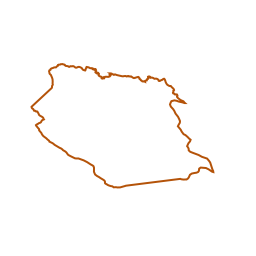 outline of San José De La Montaña, Antioquia, Colombia, rotated 296°
{"feature_id": "7082276B28312020323085", "entity_name": "San José De La Montaña", "entity_type": "district", "adm_level": 2, "iso_a3": "COL", "parent_name": "Colombia", "parent_adm1": "Antioquia", "projection": "equal_earth", "projection_center": [-75.652, 6.816], "detail": "fine", "context": "isolated", "style": "outline", "palette": "amber", "viewbox_px": 256, "rotation_deg": 296, "n_neighbors": 0, "source": "geoboundaries", "source_scale": "gbopen_adm2", "svg_char_len": 5564}
<svg xmlns="http://www.w3.org/2000/svg" viewBox="0 0 256 256"><g transform="rotate(296 128 128)"><path d="M68.4,141.1L69.5,143.1L70.0,144.7L71.2,147.0L74.6,150.8L75.2,151.4L75.6,152.0L105.2,197.3L105.3,198.4L105.9,200.2L107.4,203.2L108.8,204.0L110.2,204.3L113.1,204.2L115.0,205.3L116.5,207.2L117.9,209.2L119.2,210.3L120.5,210.5L122.7,209.8L124.3,210.7L126.2,215.6L126.2,218.5L125.6,222.8L125.8,224.0L126.8,223.3L127.7,222.1L133.0,217.0L134.0,215.2L135.2,212.5L134.5,207.1L134.7,203.3L134.1,197.1L133.9,194.3L134.5,192.4L135.8,191.7L136.7,190.7L137.6,189.1L140.7,189.0L143.2,189.6L144.9,189.4L145.3,187.5L146.0,185.7L146.8,182.8L146.8,180.7L148.3,177.8L149.6,176.1L151.4,172.1L153.2,172.1L155.4,172.3L157.0,171.7L158.5,170.0L160.0,168.1L161.8,164.4L163.6,162.2L164.7,160.4L166.0,157.1L167.6,155.4L169.8,155.2L171.2,155.3L173.2,157.6L173.8,159.9L174.0,162.0L174.9,165.7L175.2,167.9L175.4,168.3L175.6,167.6L176.3,166.1L176.3,165.6L176.2,164.4L176.2,162.7L176.8,159.8L177.3,158.7L177.6,158.3L177.8,158.2L178.1,158.2L178.4,158.4L178.6,158.4L178.9,158.1L179.0,157.8L179.1,157.7L179.4,157.6L179.6,157.3L179.5,156.9L179.3,156.7L178.8,155.7L178.7,155.4L178.8,155.2L179.1,154.9L179.1,154.6L179.0,154.0L178.9,153.6L179.0,153.3L179.5,152.9L180.0,153.0L180.5,152.9L181.2,152.4L181.6,152.5L182.1,152.8L182.3,152.8L182.6,152.5L183.2,151.7L184.0,149.1L184.5,148.0L184.0,147.1L183.9,146.4L184.0,145.7L184.0,145.0L184.2,144.1L184.8,143.0L185.7,141.8L187.1,140.5L187.8,139.7L188.0,139.2L188.1,138.9L188.0,138.7L187.4,138.1L186.5,137.9L185.9,137.1L184.5,136.2L184.2,135.9L183.9,135.4L183.9,135.0L184.0,134.7L184.6,134.3L184.7,134.2L184.9,132.7L184.7,131.6L184.3,130.9L183.8,130.1L184.0,129.0L183.9,127.8L183.7,127.1L183.0,126.3L183.0,125.9L183.2,125.7L183.5,125.7L183.7,125.4L183.7,124.7L183.6,124.4L183.3,123.9L182.8,123.5L182.6,123.6L182.3,124.2L182.1,124.3L181.9,124.1L181.6,124.3L181.3,124.5L180.8,124.4L180.5,123.9L180.1,123.7L179.3,124.0L178.9,124.0L178.5,123.2L178.2,122.9L177.8,122.7L177.4,122.8L177.0,123.1L177.0,122.6L177.3,122.5L177.3,122.3L177.2,122.2L176.9,122.0L176.7,121.8L176.7,121.4L176.2,120.6L176.2,120.2L176.5,119.7L176.5,118.9L176.5,118.7L177.0,118.2L177.0,117.3L177.2,116.8L177.7,116.7L177.8,116.5L178.0,115.7L178.3,115.5L178.4,115.3L178.4,114.8L178.1,114.4L177.8,114.2L177.1,113.2L176.4,112.7L176.0,112.0L175.6,111.7L175.4,111.3L175.4,110.2L175.7,108.3L175.7,108.1L175.4,108.0L175.2,107.6L175.0,106.6L175.0,105.8L174.8,105.6L174.6,105.7L174.4,105.3L174.5,105.1L174.4,104.7L173.7,104.1L173.6,102.9L172.8,101.5L172.3,101.0L171.9,99.9L170.7,94.8L170.5,92.8L170.1,92.4L169.7,92.2L169.5,91.7L169.7,91.3L169.7,91.0L169.5,90.3L169.7,89.7L169.6,88.9L169.4,88.3L169.2,87.9L169.1,88.6L168.6,88.4L168.7,88.9L168.7,89.1L168.4,89.0L168.4,88.9L168.2,88.6L167.7,89.2L167.6,89.3L167.4,89.2L167.3,88.8L167.1,88.5L166.9,88.6L166.9,89.1L166.4,89.0L165.4,88.0L165.1,87.4L164.5,85.9L163.9,84.9L163.6,84.7L163.4,84.7L162.5,84.8L162.4,84.8L162.4,84.5L162.9,84.0L162.9,83.6L162.4,83.3L161.8,83.8L161.6,83.8L161.4,82.9L161.1,82.9L161.1,82.5L162.1,81.9L162.3,81.4L162.3,80.8L162.1,80.3L162.1,79.9L162.1,79.5L162.3,78.7L162.5,78.4L163.0,78.2L163.3,78.2L163.6,78.3L163.9,78.2L164.0,77.8L164.0,77.3L164.4,77.2L164.5,77.0L164.5,76.7L164.3,76.6L164.1,76.6L163.7,76.9L163.4,76.4L163.4,76.1L163.5,75.5L163.6,74.8L163.7,74.5L163.9,74.2L164.4,74.3L164.9,74.5L165.2,74.5L165.5,73.9L165.6,73.1L165.8,73.0L166.1,73.1L166.2,73.4L166.4,73.5L166.6,73.3L166.7,72.8L166.6,72.6L166.4,72.5L165.7,72.4L165.6,72.2L165.6,71.9L165.7,71.5L165.8,71.4L166.1,71.4L166.2,71.1L165.9,70.8L165.4,70.7L165.4,70.4L165.5,70.1L166.0,69.6L166.0,69.4L165.9,69.2L165.7,69.2L165.2,67.7L165.2,66.7L165.3,66.0L164.9,65.4L164.9,64.5L164.8,64.1L164.7,64.0L163.7,64.1L163.2,64.0L162.7,64.2L162.2,64.1L161.2,64.4L160.9,64.3L160.6,62.6L160.6,62.2L160.9,61.2L161.5,60.4L161.7,58.9L161.6,57.6L161.3,57.0L161.3,56.9L161.0,56.4L160.6,56.1L159.6,55.2L159.3,54.4L159.3,54.0L159.6,52.8L159.6,52.0L159.5,51.4L159.4,51.2L158.8,50.6L158.6,49.8L158.4,49.3L158.0,48.9L157.4,48.7L157.1,48.2L157.2,46.9L156.5,44.6L156.6,44.3L156.9,43.9L156.8,43.5L157.1,43.1L156.8,41.8L156.8,41.2L156.5,40.9L156.0,39.7L155.2,39.2L154.6,38.0L154.1,37.8L153.9,37.5L153.4,37.7L153.1,37.7L152.7,37.3L152.6,37.2L151.2,36.8L150.8,36.6L150.6,35.9L149.9,34.9L148.9,34.1L148.4,33.5L148.0,33.1L147.1,32.6L146.3,32.8L145.5,32.1L144.9,32.1L144.2,32.3L143.6,32.9L142.8,33.4L142.5,33.7L142.2,34.3L141.9,35.4L141.6,35.8L141.1,36.3L140.1,37.5L139.4,38.2L138.6,38.9L136.4,40.1L135.1,40.6L134.0,41.4L133.7,41.4L132.5,41.3L131.1,41.9L130.5,41.9L104.8,32.0L104.1,32.5L103.6,33.3L103.5,34.3L103.2,35.0L103.0,35.3L102.4,35.8L102.5,36.6L102.7,36.9L102.8,37.1L102.5,37.9L102.5,38.2L102.6,38.4L102.8,38.4L102.9,38.6L103.0,38.8L103.0,39.4L101.7,41.3L100.8,42.3L100.5,43.3L100.5,43.7L100.3,46.4L100.0,47.2L99.6,47.8L99.0,48.2L98.8,48.6L98.0,47.9L97.0,47.3L95.0,47.2L94.8,47.1L94.4,46.9L93.3,45.8L92.5,45.4L91.1,44.4L90.2,44.0L89.9,44.3L88.6,47.1L88.1,48.4L87.7,48.8L87.0,49.1L86.7,49.6L85.6,52.2L84.5,53.6L84.1,54.4L83.6,55.5L82.9,59.2L82.4,60.6L82.0,62.5L81.8,62.9L81.3,63.3L81.3,63.8L81.3,66.7L81.1,68.0L80.7,69.3L80.2,75.3L80.3,76.6L80.0,78.4L79.6,79.2L79.4,82.0L79.0,83.4L78.3,84.6L77.6,86.1L77.5,89.3L77.5,93.6L77.9,94.8L78.4,95.8L78.9,96.8L79.5,102.4L79.4,106.3L78.9,110.3L78.8,112.7L78.5,113.8L77.3,114.9L73.7,116.6L71.8,118.8L71.3,121.1L71.2,123.4L70.9,125.4L70.7,127.9L70.5,129.4L70.3,130.0L70.0,130.5L69.7,130.8L68.9,131.2L68.3,131.6L68.1,132.2L68.1,133.7L67.9,134.5L68.0,136.4L68.3,138.3L68.7,139.3L68.6,140.3L68.4,141.1Z" fill="none" stroke="#b45309" stroke-width="2"/></g></svg>